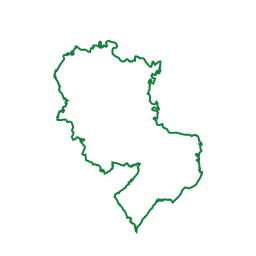 Bombali, Northern, Sierra Leone, rotated 153°
{"feature_id": "65957751B29483301504535", "entity_name": "Bombali", "entity_type": "district", "adm_level": 2, "iso_a3": "SLE", "parent_name": "Sierra Leone", "parent_adm1": "Northern", "projection": "orthographic", "projection_center": [-12.185, 9.331], "detail": "fine", "context": "isolated", "style": "outline", "palette": "green", "viewbox_px": 256, "rotation_deg": 153, "n_neighbors": 0, "source": "geoboundaries", "source_scale": "gbopen_adm2", "svg_char_len": 5825}
<svg xmlns="http://www.w3.org/2000/svg" viewBox="0 0 256 256"><g transform="rotate(153 128 128)"><path d="M107.5,214.8L108.5,214.3L108.9,213.6L109.3,211.2L109.8,210.3L110.8,210.5L111.4,212.1L112.2,212.7L113.5,211.6L114.2,211.5L115.0,211.8L115.3,212.3L114.4,213.3L114.3,215.8L113.4,216.1L113.1,216.5L113.5,217.5L114.7,217.2L115.5,216.6L115.8,215.3L115.7,213.4L116.3,212.4L118.1,215.3L118.9,216.0L121.0,217.0L121.8,217.0L121.8,215.7L122.7,214.9L123.3,214.9L124.0,215.8L124.8,215.8L127.4,213.0L128.3,213.6L130.2,216.7L131.3,217.8L133.9,218.5L135.2,220.4L136.9,224.3L137.8,224.3L138.5,222.8L139.8,222.7L141.7,221.5L142.8,221.8L143.0,221.4L142.4,220.2L142.8,218.5L144.2,218.4L144.7,218.7L144.3,219.8L144.7,221.1L145.7,220.3L146.9,220.2L147.5,220.5L147.3,221.8L147.8,222.1L148.3,222.0L149.2,220.7L149.6,220.8L149.6,221.6L150.5,221.5L151.7,222.0L152.5,221.8L153.3,220.6L153.3,219.4L153.8,218.2L159.9,215.2L161.0,214.2L164.9,211.8L165.6,212.2L166.1,211.2L167.1,211.5L168.0,209.9L169.2,209.0L169.2,207.3L169.9,207.7L170.2,207.1L170.5,206.4L169.7,205.1L170.0,204.0L169.4,200.7L169.9,199.9L169.8,198.5L170.2,196.6L169.7,196.0L171.0,194.9L171.6,193.4L172.2,193.2L172.2,192.7L172.0,190.6L171.4,189.5L171.3,187.5L171.8,183.8L171.0,183.4L171.5,182.6L170.4,182.2L170.3,181.3L169.3,179.8L170.5,179.5L171.7,179.7L172.4,178.3L171.6,177.6L172.6,176.6L174.5,175.6L175.9,176.2L176.3,176.0L177.6,174.2L176.9,173.1L177.1,172.7L178.1,172.7L178.7,173.4L178.8,172.9L178.3,171.8L178.7,171.6L179.9,173.5L181.7,173.9L181.9,172.9L183.3,172.6L183.9,171.3L184.5,171.2L184.6,170.0L185.4,169.5L186.2,169.8L186.3,167.9L187.1,167.6L186.8,166.9L183.7,165.2L182.0,165.0L179.8,163.8L179.3,162.6L179.4,161.3L178.9,160.5L176.9,160.2L175.7,158.3L176.3,154.4L176.8,153.1L178.1,152.3L179.1,151.2L178.6,148.9L179.9,146.9L180.9,146.5L182.1,145.4L182.2,142.4L181.5,142.6L181.0,142.1L178.7,142.2L178.1,142.8L177.2,142.7L176.5,142.0L176.1,141.0L175.9,139.2L174.5,139.6L174.0,138.3L172.4,138.0L172.4,137.3L174.0,137.0L174.5,137.5L176.4,137.3L174.8,131.2L175.4,130.0L180.5,125.7L180.2,124.6L179.1,123.7L178.1,123.7L179.9,118.4L175.9,113.5L175.5,112.4L175.8,111.3L173.8,110.7L172.7,109.0L172.1,109.1L171.2,108.4L170.3,105.4L171.1,104.1L170.9,103.3L171.3,102.9L172.0,102.9L172.1,102.4L170.7,100.9L170.0,100.6L169.3,102.0L168.9,101.6L169.5,98.0L168.1,97.7L165.5,98.1L164.6,97.9L162.6,98.3L161.2,99.2L160.3,98.8L159.4,100.4L158.7,100.6L158.3,101.8L158.8,101.8L158.7,102.6L158.1,102.7L157.5,104.4L153.3,101.1L150.5,97.7L149.8,97.5L149.0,96.5L148.4,96.2L147.8,96.7L145.9,97.2L145.3,96.6L144.9,96.9L144.3,94.8L144.6,94.5L144.5,93.8L143.1,92.4L143.1,92.7L142.7,92.8L140.9,91.9L140.2,92.1L140.2,92.8L138.9,92.4L137.9,91.6L137.5,92.0L136.7,91.5L135.9,92.1L135.2,91.7L134.7,91.8L134.5,91.0L133.9,90.6L136.8,88.8L137.4,87.9L137.1,86.9L137.8,85.3L140.5,82.8L145.6,80.9L147.0,79.8L148.1,80.6L148.7,80.5L149.4,79.7L149.5,79.3L148.9,79.1L149.3,78.7L150.2,79.6L152.2,79.3L152.5,78.7L152.2,77.7L153.2,77.8L154.1,77.4L156.0,77.2L156.4,76.3L160.4,75.5L164.0,75.2L165.4,74.2L165.6,74.6L166.3,74.5L166.6,74.9L169.8,74.5L170.0,73.5L171.2,72.7L170.5,69.1L170.8,64.5L170.0,63.7L170.4,63.1L169.6,61.2L169.3,59.0L169.5,58.1L169.1,57.3L169.2,56.4L168.6,55.3L168.8,51.2L169.5,48.3L168.9,47.9L167.9,47.9L167.1,47.6L166.5,46.4L166.5,45.5L167.6,45.2L167.7,44.4L168.5,43.6L167.4,42.5L167.9,41.5L166.0,39.5L166.1,37.4L166.6,36.8L167.8,32.5L167.6,31.7L165.0,35.5L162.9,35.9L159.2,37.6L156.3,40.2L153.8,40.7L153.2,41.3L151.3,41.6L146.3,44.6L143.6,45.6L142.5,45.7L141.3,47.1L138.3,47.9L135.3,50.4L134.8,49.4L133.7,50.0L133.9,49.3L133.0,49.7L132.4,49.1L132.6,50.0L131.7,49.5L131.2,48.7L130.4,48.8L129.9,48.0L129.7,48.4L129.2,48.3L129.0,47.7L128.6,47.6L128.1,47.9L126.4,47.0L125.0,45.6L124.2,45.8L122.4,44.5L122.0,41.4L113.1,44.1L110.2,45.9L108.1,47.7L104.8,49.0L103.7,48.9L101.3,46.6L97.2,46.3L93.2,46.5L85.3,51.6L84.7,52.4L82.8,53.6L82.1,55.1L82.5,55.7L83.0,55.8L83.4,55.4L83.8,56.0L83.6,58.6L82.7,58.3L82.3,58.6L82.0,59.6L82.3,60.7L81.0,62.9L80.8,64.9L79.5,66.9L80.7,66.6L81.4,68.1L80.6,68.5L78.6,68.2L78.1,69.4L79.5,72.4L79.5,73.5L79.0,73.8L77.8,72.9L78.1,71.8L77.6,71.1L77.1,71.5L77.0,72.4L74.9,73.7L73.1,74.1L72.8,74.7L72.8,77.0L71.8,79.0L71.7,81.0L70.3,79.7L69.8,79.8L69.5,80.5L70.4,84.1L69.4,87.8L69.6,89.2L70.7,90.2L70.7,91.0L73.4,92.0L75.0,91.9L76.5,94.3L79.7,95.8L81.6,97.1L86.6,101.6L92.9,104.7L93.6,105.8L93.9,109.5L96.2,112.3L96.4,113.4L95.5,115.3L96.1,116.2L97.4,116.0L98.8,116.3L99.8,117.0L100.5,118.2L99.6,121.6L101.0,124.6L100.2,125.1L99.2,125.1L98.7,123.9L97.9,123.2L96.9,124.0L95.7,126.8L94.3,127.9L94.8,130.4L97.5,132.3L98.0,133.3L97.6,134.3L95.8,134.6L94.7,134.0L93.9,132.5L92.9,131.9L92.7,130.4L92.1,130.5L91.6,131.3L91.8,134.5L90.6,136.1L90.8,138.4L93.0,136.9L94.3,137.4L96.0,139.4L95.9,140.6L96.4,142.4L94.8,144.3L93.8,147.4L93.8,148.4L94.9,149.5L92.6,151.4L90.6,153.5L90.1,155.2L88.9,155.9L88.7,156.8L89.1,157.9L89.0,159.1L88.1,159.6L87.8,160.4L86.9,160.6L86.5,161.1L86.0,161.0L85.5,159.7L86.8,158.9L87.1,158.3L85.3,156.1L81.5,159.6L81.4,159.9L82.0,160.1L83.7,162.0L83.0,163.2L83.4,164.0L83.2,164.3L82.0,164.3L81.6,165.0L80.4,163.4L79.3,162.6L78.8,163.0L78.4,164.2L76.2,165.8L75.5,165.6L75.1,164.7L76.6,163.4L75.7,162.6L74.8,162.8L74.5,163.6L72.9,164.4L72.8,165.1L73.5,165.0L73.0,167.2L71.6,167.8L71.4,168.7L70.1,170.2L69.6,171.6L68.9,172.4L70.4,173.1L75.4,172.1L75.2,174.8L75.5,175.7L76.2,175.8L77.8,173.6L79.7,172.1L80.2,172.2L81.2,174.5L82.1,178.4L82.4,182.5L83.5,183.7L86.2,184.9L86.3,186.3L87.7,187.8L88.3,187.7L88.8,188.4L89.4,188.1L91.2,184.9L92.1,185.8L94.2,185.3L95.2,186.4L96.3,186.3L97.0,188.1L97.1,189.3L98.0,189.9L100.3,189.1L102.6,189.6L104.1,191.8L104.5,195.1L105.9,196.5L107.6,199.5L108.0,201.1L106.6,204.5L105.1,205.7L104.3,205.7L102.1,204.9L100.4,206.0L100.3,208.3L100.8,209.8L103.6,212.1L105.2,214.0L107.5,214.8Z" fill="none" stroke="#15803d" stroke-width="2"/></g></svg>